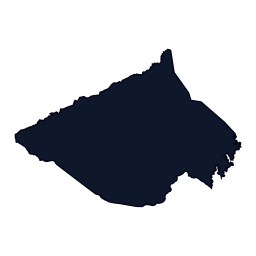 Coribe, Bahia, Brazil (Albers equal-area conic projection)
{"feature_id": "56859067B8540016804066", "entity_name": "Coribe", "entity_type": "district", "adm_level": 2, "iso_a3": "BRA", "parent_name": "Brazil", "parent_adm1": "Bahia", "projection": "albers", "projection_center": [-44.348, -13.779], "detail": "fine", "context": "isolated", "style": "filled", "palette": "ink", "viewbox_px": 256, "rotation_deg": 0, "n_neighbors": 0, "source": "geoboundaries", "source_scale": "gbopen_adm2", "svg_char_len": 5861}
<svg xmlns="http://www.w3.org/2000/svg" viewBox="0 0 256 256"><path d="M235.3,134.7L234.9,133.6L224.2,122.1L212.5,112.0L201.9,102.8L200.9,102.0L190.8,100.4L188.5,92.8L185.3,88.3L178.3,78.5L174.0,72.5L170.6,50.6L169.8,49.9L168.8,49.8L167.8,49.5L166.9,50.3L165.7,50.9L164.7,52.1L163.6,52.0L163.8,52.9L163.3,53.7L162.4,53.9L162.6,54.9L163.3,55.6L162.5,56.2L161.6,55.7L161.2,56.7L161.3,57.7L161.8,58.5L161.0,59.0L161.2,60.2L161.2,61.2L161.0,62.6L160.1,63.2L159.6,64.0L158.8,64.1L157.9,63.2L156.4,63.6L155.2,63.7L154.4,63.3L153.9,63.9L153.6,65.1L152.5,64.2L152.4,65.4L151.9,66.7L150.5,67.2L150.5,68.3L149.2,70.1L148.4,70.4L147.1,70.4L146.3,71.3L145.2,72.2L143.7,72.0L142.8,72.6L142.8,73.8L142.5,75.2L141.4,74.8L140.1,74.7L138.8,74.8L137.9,74.4L136.7,74.2L135.7,74.9L134.4,74.5L133.4,75.0L132.6,75.5L131.8,75.8L130.7,76.1L129.6,76.8L128.7,77.7L126.8,78.4L125.5,79.0L124.6,79.8L123.3,80.0L122.3,80.7L122.1,81.6L121.4,82.2L120.5,82.3L119.2,81.8L118.4,82.6L117.5,82.7L116.7,83.2L115.5,83.2L114.6,83.0L113.4,83.2L112.5,84.3L111.4,84.8L111.1,85.7L110.3,86.6L109.3,87.6L109.2,88.7L107.8,89.0L106.6,89.6L105.3,90.1L104.2,90.4L103.6,91.3L102.7,91.4L101.6,91.9L100.3,92.2L99.9,93.0L99.8,93.9L99.7,94.8L98.4,95.3L97.2,95.4L95.6,95.6L94.1,95.7L93.0,95.9L92.2,96.2L91.4,96.3L90.2,97.0L88.3,98.2L87.2,98.0L86.3,98.1L85.4,97.5L84.5,97.0L83.1,96.6L82.1,97.1L81.3,97.7L80.5,97.3L79.7,97.6L79.4,98.6L78.6,99.5L78.0,100.9L77.1,101.6L76.3,101.0L75.2,100.4L74.8,101.2L74.2,101.9L74.5,102.8L73.9,103.3L73.4,104.4L73.2,105.8L72.0,105.7L71.0,106.0L70.0,106.4L68.8,106.7L66.6,107.7L65.5,108.0L64.6,108.8L63.7,108.9L62.5,109.3L60.9,109.0L60.4,110.2L60.6,111.5L59.8,112.1L59.2,113.1L58.5,113.6L57.3,113.9L57.3,112.6L56.3,112.1L55.5,112.6L54.6,113.3L53.4,113.2L52.6,113.8L52.1,113.1L51.3,113.2L50.3,113.8L51.1,114.3L51.7,115.1L50.8,115.9L49.9,116.1L49.0,116.1L48.3,116.9L47.6,117.8L46.5,118.2L45.1,118.6L44.6,119.5L44.1,120.2L43.2,120.7L41.9,120.3L40.8,120.3L39.7,120.0L38.9,121.2L38.0,122.0L37.5,123.1L37.2,124.1L36.0,124.6L34.8,125.3L33.6,125.6L32.4,126.2L31.6,126.7L30.3,127.1L29.1,127.2L28.2,128.1L26.9,128.2L25.8,129.1L24.7,129.3L23.6,129.7L22.6,130.1L21.5,130.1L20.4,130.5L20.0,131.4L18.8,132.0L18.1,132.9L17.2,133.7L16.4,134.0L15.5,134.4L15.4,135.6L15.5,136.7L15.4,137.8L15.9,138.6L16.1,139.9L16.1,141.2L16.4,142.1L17.7,141.9L18.5,142.4L19.1,142.9L19.8,143.3L20.6,143.8L21.9,144.6L23.1,145.5L24.2,146.1L24.9,146.6L25.7,147.2L26.4,148.1L26.9,149.3L27.7,150.2L28.6,151.2L29.0,152.3L29.5,153.4L30.5,153.8L31.5,154.0L32.5,153.9L33.5,154.5L34.6,154.5L35.8,154.9L36.6,155.7L37.4,156.1L38.2,156.7L38.7,157.4L39.3,158.3L39.9,159.3L40.1,160.2L41.2,160.1L42.5,159.8L43.7,160.4L44.5,160.9L45.7,161.2L46.8,161.4L47.7,161.2L48.9,161.0L49.8,160.7L50.8,160.5L52.4,160.3L53.5,160.6L54.3,161.0L55.1,161.7L55.6,162.8L56.6,164.2L58.4,165.5L62.0,168.3L73.7,177.2L85.4,186.1L95.1,193.4L96.1,194.0L97.0,194.2L98.8,194.7L100.0,195.3L100.7,196.5L101.3,197.5L102.3,198.2L103.6,198.9L104.6,199.5L105.5,200.0L106.4,200.3L107.4,200.9L108.2,201.1L109.0,201.7L113.9,202.7L117.0,203.1L118.7,203.3L120.1,203.5L121.3,203.7L134.1,205.9L135.2,206.1L138.1,206.4L139.0,206.4L140.5,206.3L141.9,206.5L142.9,206.1L144.0,205.2L145.6,204.6L147.5,204.4L150.5,204.9L151.3,205.2L152.6,205.4L154.0,205.2L154.8,204.9L155.5,204.2L156.3,203.2L157.2,203.0L158.6,203.2L160.2,202.9L161.8,202.4L163.3,201.6L164.3,200.5L164.9,199.6L165.1,198.5L164.8,197.3L165.0,195.8L165.5,194.4L166.4,193.6L167.6,192.8L168.2,192.0L169.1,191.4L170.0,191.4L170.8,190.4L171.1,189.1L170.5,188.3L170.0,187.4L169.6,186.5L170.1,185.3L170.6,184.0L171.8,183.7L172.9,183.2L173.8,182.6L174.7,181.5L176.1,180.9L176.7,180.4L176.9,179.0L177.1,177.6L176.3,176.5L177.1,175.9L178.3,175.7L179.8,175.2L180.9,174.6L181.8,174.2L182.8,173.6L183.6,172.5L184.7,171.6L186.3,171.1L187.5,171.8L188.0,173.0L189.1,174.0L188.5,175.1L189.1,176.1L190.1,175.8L190.9,176.3L191.4,177.2L192.5,177.6L193.4,177.7L194.6,177.7L195.6,177.3L197.0,177.7L198.1,178.0L199.1,178.9L200.1,179.7L201.1,180.5L202.0,181.3L202.9,181.4L204.1,182.1L204.7,182.8L205.4,183.3L206.0,184.0L207.0,184.6L208.0,185.1L209.0,186.0L209.7,186.6L210.5,187.0L211.3,188.1L211.6,187.3L211.6,186.4L212.3,185.1L211.1,184.7L210.8,183.8L211.5,183.4L212.2,182.8L212.8,181.6L212.1,180.2L211.1,179.5L210.3,179.0L211.0,178.5L210.7,177.5L211.9,177.1L211.1,176.1L211.5,175.1L212.2,174.5L212.7,173.8L213.8,174.1L214.1,173.3L213.7,172.2L214.3,171.1L215.5,170.8L216.1,169.8L215.8,168.5L215.4,167.7L215.8,166.7L216.0,165.7L217.2,166.0L217.8,165.1L218.3,166.0L218.9,167.4L217.9,167.9L218.4,169.1L218.5,170.4L219.1,171.2L219.1,172.0L218.2,172.3L217.6,173.0L218.3,173.9L219.1,174.2L220.2,174.5L221.1,175.8L221.4,177.4L221.9,176.0L222.9,176.3L224.1,176.3L224.5,175.6L223.6,174.7L223.7,173.6L223.9,172.6L223.1,171.8L223.7,170.9L224.8,170.5L225.7,170.9L226.5,171.4L226.9,170.1L227.1,168.8L226.3,168.2L227.6,167.7L228.4,167.4L229.4,166.9L229.9,166.2L230.7,165.6L231.3,164.8L232.4,165.3L233.2,165.1L232.9,163.9L232.6,163.0L231.5,162.7L230.5,162.2L229.8,163.2L228.6,163.0L227.9,162.1L228.2,161.0L228.1,159.8L226.4,159.4L226.7,158.5L226.0,158.0L226.8,157.3L226.2,156.1L225.2,155.6L224.2,155.7L223.9,154.7L225.0,154.4L226.1,153.8L227.3,153.6L228.1,153.9L228.6,155.2L229.4,155.9L230.0,157.0L230.4,158.7L230.6,159.8L232.7,160.0L232.8,159.0L233.6,158.1L233.7,157.3L233.4,156.1L232.3,154.7L233.6,154.8L233.6,153.6L234.8,153.3L234.8,152.4L233.9,151.6L233.9,150.7L234.8,151.0L235.7,150.6L235.8,149.4L237.1,149.4L238.7,149.7L239.2,148.7L238.8,147.8L238.3,146.7L239.6,146.9L240.6,146.9L240.3,146.0L239.7,145.0L240.6,143.9L240.4,142.8L239.5,142.5L238.7,143.3L237.3,142.4L236.9,141.4L236.5,140.6L235.5,140.2L234.4,139.8L234.4,138.4L233.4,137.2L233.7,136.1L234.6,136.7L235.5,137.8L236.2,136.9L235.7,135.8L235.3,134.7ZM236.4,143.0L235.6,143.7L235.3,144.5L234.2,144.6L234.2,143.4L235.1,143.0L236.4,143.0Z" fill="#0f172a" stroke="#020617" stroke-width="1.5"/></svg>